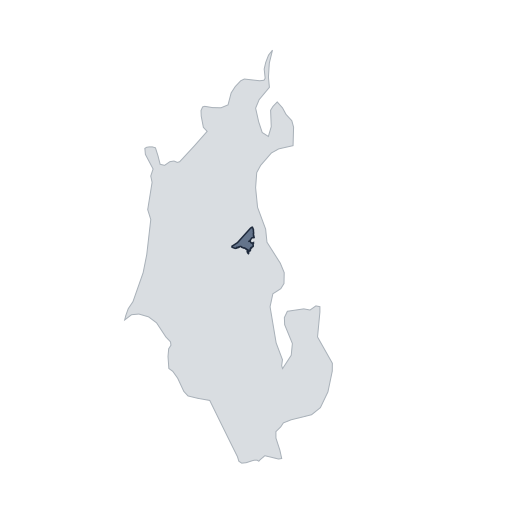 location of Tarrazu, San José, Costa Rica, rotated 222°
{"feature_id": "36466004B83189782085425", "entity_name": "Tarrazu", "entity_type": "district", "adm_level": 2, "iso_a3": "CRI", "parent_name": "Costa Rica", "parent_adm1": "San José", "projection": "robinson", "projection_center": [-84.074, 9.584], "detail": "fine", "context": "in_parent", "style": "filled", "palette": "slate", "viewbox_px": 512, "rotation_deg": 222, "n_neighbors": 0, "source": "geoboundaries", "source_scale": "gbopen_adm2", "svg_char_len": 4969}
<svg xmlns="http://www.w3.org/2000/svg" viewBox="0 0 512 512"><g transform="rotate(222 256 256)"><path d="M410.6,261.6L410.0,263.6L408.4,265.6L406.1,267.7L403.1,269.1L395.8,264.8L388.6,260.0L384.6,262.2L383.1,268.5L380.5,271.7L377.1,272.9L375.8,275.0L375.5,296.1L375.7,315.9L381.2,316.4L390.3,323.3L394.2,327.3L395.4,331.1L394.3,332.9L387.6,337.2L381.2,342.7L377.9,349.6L383.6,360.6L384.8,368.1L384.6,376.0L383.1,379.7L370.5,388.7L367.7,391.9L368.1,394.2L375.0,400.4L378.3,406.4L381.1,413.7L381.5,420.0L375.2,408.3L366.4,397.2L358.9,390.3L358.3,374.3L355.2,365.6L343.8,357.5L334.0,351.9L326.8,353.1L331.2,362.3L342.7,374.1L343.5,378.6L343.3,384.7L335.4,383.8L328.4,381.3L319.9,380.5L314.3,376.9L302.3,362.8L310.8,350.8L313.5,342.9L313.2,326.5L311.3,318.5L302.0,306.5L287.4,293.2L266.8,282.4L257.1,273.6L233.1,266.9L223.9,262.5L216.8,254.3L215.7,248.3L218.2,239.2L211.6,227.7L182.9,204.9L166.9,196.6L163.5,191.6L160.9,190.1L163.4,205.8L170.4,215.3L188.7,224.1L193.7,229.2L195.7,235.9L185.1,248.7L179.7,252.0L178.1,259.0L174.6,261.1L171.0,257.1L156.1,237.0L127.5,227.4L122.3,221.5L111.6,203.1L106.7,186.4L108.5,175.2L120.3,157.8L124.0,150.3L123.3,145.6L123.7,138.8L119.3,134.0L108.4,127.7L101.4,122.7L103.4,120.2L115.8,113.5L116.6,107.4L116.6,105.4L118.6,105.0L120.4,103.4L121.6,101.7L125.0,95.8L128.0,92.5L131.4,92.0L135.6,94.5L151.3,100.7L168.8,107.7L193.7,117.7L204.0,111.3L212.9,106.5L219.1,107.1L232.5,112.8L240.6,114.6L245.5,114.1L254.1,122.4L258.8,128.6L259.5,132.8L262.1,135.0L268.8,135.5L285.2,139.8L295.1,138.9L304.2,134.5L309.2,129.1L310.8,120.6L313.0,124.8L315.7,131.4L316.9,139.8L328.7,168.1L338.1,183.9L358.6,212.7L367.5,218.0L382.5,241.2L387.7,245.0L390.7,251.8L406.2,257.5L410.6,261.6Z" fill="#d9dde1" stroke="#a8b0b8" stroke-width="1"/><path d="M278.7,273.3L278.7,262.0L278.7,253.5L279.0,252.4L279.3,251.2L280.4,247.2L280.0,247.1L279.9,247.1L279.7,246.9L279.7,246.7L279.5,246.8L279.3,246.8L279.2,246.8L278.9,246.8L278.7,246.8L278.3,247.0L278.1,247.1L277.9,247.2L277.6,247.3L277.4,247.4L277.1,247.5L276.9,247.6L276.6,247.7L276.4,247.9L276.4,248.0L276.2,248.3L275.9,248.5L275.7,248.8L275.7,249.0L275.8,249.3L276.0,249.6L276.0,249.8L275.8,249.9L275.7,249.9L275.2,249.8L275.1,250.0L274.9,250.1L274.9,250.3L275.0,250.5L275.0,250.8L275.0,251.0L274.9,251.0L274.7,251.1L274.5,251.4L274.5,251.5L274.4,251.5L274.4,251.9L274.3,252.2L274.2,252.4L274.2,252.5L273.9,252.7L273.7,252.9L273.6,253.0L273.3,253.1L273.2,253.1L272.9,252.9L272.7,252.9L272.4,252.9L272.2,253.0L272.0,253.3L271.9,253.3L271.7,253.3L271.4,253.4L271.1,253.4L271.0,253.5L270.9,253.6L270.7,253.6L270.6,253.8L270.3,253.9L270.2,253.9L270.2,254.0L270.0,254.3L269.8,254.3L269.7,254.4L269.5,254.5L268.8,254.4L268.6,254.5L268.4,254.6L268.1,254.7L268.0,254.4L267.5,254.4L267.4,254.4L267.4,254.6L267.2,254.7L266.9,254.7L266.7,254.8L266.7,255.0L266.4,255.1L266.1,255.2L265.9,255.1L265.8,254.9L265.8,254.6L265.6,254.6L265.5,254.4L265.7,254.2L265.6,253.9L265.4,254.0L265.2,253.8L265.1,253.7L265.1,253.3L265.2,253.2L264.3,252.7L264.1,252.7L264.0,252.8L263.9,252.8L263.6,252.8L263.6,252.7L263.3,252.6L263.2,252.6L263.2,252.9L263.2,253.0L263.3,253.2L263.4,253.3L263.5,253.4L263.6,253.5L263.8,253.7L263.9,253.8L264.0,253.9L264.1,254.0L264.3,254.3L264.3,254.7L264.3,254.9L264.3,255.2L264.3,255.5L264.2,255.5L264.2,255.8L264.0,256.0L263.9,256.0L264.0,256.6L264.1,256.9L264.7,256.9L264.9,257.0L265.0,257.3L265.1,257.8L265.2,258.2L265.2,258.3L265.3,258.6L265.3,259.0L265.2,259.1L265.1,259.3L264.7,259.2L264.9,260.3L264.8,260.5L264.7,260.6L264.6,260.8L264.5,261.0L264.6,261.4L264.8,261.6L265.0,261.8L265.2,262.1L265.3,262.2L265.6,262.3L265.8,262.3L265.9,262.6L266.0,262.7L266.0,262.8L266.1,263.1L266.2,263.4L266.2,263.5L266.3,263.7L266.6,264.0L266.6,263.9L266.7,263.7L266.7,263.4L267.1,263.3L267.4,263.3L267.4,263.2L267.5,263.2L267.7,262.9L267.8,263.0L267.9,262.9L268.0,262.8L268.1,262.7L268.5,262.5L268.8,262.5L269.1,262.7L269.3,262.7L269.5,262.8L269.8,262.9L270.2,262.9L270.3,262.8L270.6,262.7L270.8,262.6L270.9,262.4L271.0,262.3L271.1,262.6L270.9,262.9L270.9,263.0L270.8,263.4L270.7,263.5L270.6,263.8L270.9,264.1L271.1,264.5L271.1,264.8L271.1,265.1L271.0,265.6L271.0,265.8L271.1,266.0L271.2,266.4L271.2,266.6L271.1,266.9L271.1,267.0L270.9,267.2L270.9,267.3L270.8,267.5L270.7,267.8L270.5,268.0L270.3,268.0L270.2,268.0L269.8,268.1L269.7,268.4L269.7,268.5L269.8,268.6L270.0,268.7L270.0,268.4L270.3,268.4L270.5,268.3L270.5,268.6L270.7,269.0L270.8,269.1L270.8,269.3L271.2,269.6L271.4,269.6L271.6,269.6L271.8,269.7L271.9,269.8L272.1,270.0L272.5,270.7L272.7,270.8L272.8,270.8L272.8,271.1L273.1,271.4L273.2,271.5L273.3,271.6L273.5,271.8L273.6,272.0L273.8,272.2L274.1,272.3L274.5,272.7L274.7,272.9L274.9,273.1L275.0,273.3L275.2,273.5L275.3,273.7L275.4,273.8L275.6,273.8L275.8,273.9L276.0,273.9L276.1,274.0L276.3,274.3L276.6,274.4L277.7,274.9L277.8,274.9L277.9,275.0L278.0,275.0L278.2,274.9L278.3,274.7L278.3,274.2L278.4,273.9L278.4,273.6L278.5,273.4L278.7,273.3Z" fill="#64748b" stroke="#1e293b" stroke-width="1.5"/></g></svg>